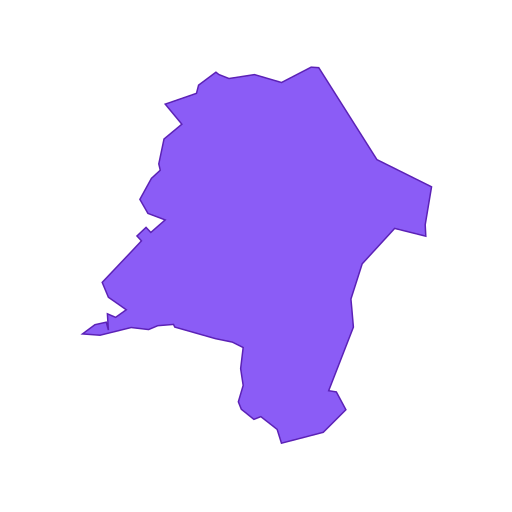 the district of Emanuel, Georgia, United States of America, rotated 347°
{"feature_id": "52423323B36663925787207", "entity_name": "Emanuel", "entity_type": "district", "adm_level": 2, "iso_a3": "USA", "parent_name": "United States of America", "parent_adm1": "Georgia", "projection": "robinson", "projection_center": [-82.386, 32.566], "detail": "fine", "context": "isolated", "style": "filled", "palette": "violet", "viewbox_px": 512, "rotation_deg": 347, "n_neighbors": 0, "source": "geoboundaries", "source_scale": "gbopen_adm2", "svg_char_len": 911}
<svg xmlns="http://www.w3.org/2000/svg" viewBox="0 0 512 512"><g transform="rotate(347 256 256)"><path d="M192.7,121.3L182.0,144.4L182.0,150.9L171.6,156.8L155.6,174.7L160.3,190.2L175.6,200.4L158.8,209.4L155.3,203.4L144.5,209.7L147.8,215.5L135.1,224.0L100.2,247.1L102.9,263.0L117.5,279.2L105.4,284.2L98.2,278.9L95.5,295.0L95.2,286.8L83.6,286.7L69.4,292.9L86.2,298.1L118.3,297.6L134.8,303.5L144.6,301.8L160.2,304.1L160.9,307.0L197.9,327.4L213.6,334.6L222.9,342.3L215.7,362.3L214.4,379.2L206.0,394.1L207.2,402.0L217.2,414.7L224.6,413.6L237.6,429.7L238.7,444.1L281.9,442.9L309.0,426.0L303.7,406.5L296.5,403.6L334.9,347.2L337.5,328.9L338.8,319.3L357.7,287.5L397.3,260.3L425.9,274.9L427.9,263.6L442.6,228.1L395.5,189.3L359.5,86.6L352.2,84.4L319.9,92.7L295.3,78.9L269.6,77.0L260.6,70.8L258.3,67.9L238.5,76.6L234.6,84.1L201.7,87.6L213.4,110.9L192.7,121.3Z" fill="#8b5cf6" stroke="#5b21b6" stroke-width="1.5"/></g></svg>